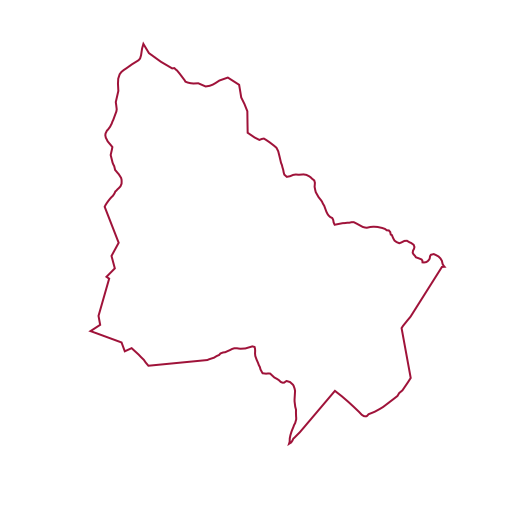 the district of Santiago Tlazoyaltepec, Oaxaca, Mexico, rotated 197°
{"feature_id": "50627088B24717754515407", "entity_name": "Santiago Tlazoyaltepec", "entity_type": "district", "adm_level": 2, "iso_a3": "MEX", "parent_name": "Mexico", "parent_adm1": "Oaxaca", "projection": "albers", "projection_center": [-96.974, 17.027], "detail": "fine", "context": "isolated", "style": "outline", "palette": "rose", "viewbox_px": 512, "rotation_deg": 197, "n_neighbors": 0, "source": "geoboundaries", "source_scale": "gbopen_adm2", "svg_char_len": 3962}
<svg xmlns="http://www.w3.org/2000/svg" viewBox="0 0 512 512"><g transform="rotate(197 256 256)"><path d="M353.6,126.5L348.0,131.5L339.4,127.4L336.6,125.8L332.9,123.9L330.4,121.9L326.8,119.6L272.1,142.3L270.7,143.5L268.7,144.9L266.4,146.5L264.4,148.8L262.3,150.6L261.5,152.4L259.3,154.1L257.3,155.0L255.4,156.7L253.4,158.4L251.7,160.1L249.8,161.4L247.3,162.2L245.0,162.5L243.6,162.8L239.1,164.5L236.7,166.1L235.0,167.2L233.1,168.5L230.8,168.6L229.9,167.2L229.1,165.1L228.4,162.4L227.4,160.1L225.0,156.9L222.9,154.5L221.4,152.5L219.8,150.9L218.5,148.8L216.7,147.0L215.4,145.8L212.0,146.4L209.9,147.3L208.1,147.7L203.0,145.2L200.0,144.6L197.9,144.0L195.5,142.8L193.6,142.6L192.1,143.1L190.7,144.9L190.2,145.4L186.6,145.4L185.1,144.7L183.0,143.7L182.2,143.0L180.4,140.6L179.2,138.4L178.3,134.7L177.8,132.6L177.2,130.1L176.6,128.2L174.4,123.3L172.8,120.7L172.0,117.9L170.8,114.4L170.2,112.9L169.8,111.5L169.7,107.7L170.2,105.2L170.2,104.0L170.6,99.9L170.7,98.4L170.7,94.8L170.4,91.5L169.5,88.1L169.5,86.1L169.0,86.7L167.9,87.9L167.2,90.1L166.9,92.3L166.3,93.2L162.5,100.4L141.1,150.1L132.8,146.9L125.3,143.6L118.8,140.5L112.0,137.1L108.5,135.1L106.0,134.4L103.9,134.8L103.0,135.6L102.1,137.6L99.1,140.0L96.9,141.8L92.8,146.0L90.3,148.8L82.4,159.8L79.8,163.5L79.0,166.8L76.7,170.3L73.8,179.6L72.4,184.6L95.7,229.6L95.0,232.1L92.4,238.6L90.5,243.1L75.0,299.9L72.6,300.8L73.7,301.5L75.2,302.9L76.8,305.7L78.9,307.6L81.3,308.9L84.2,309.5L86.6,309.8L89.1,308.3L89.5,306.7L89.2,304.7L89.3,303.4L90.3,301.2L91.5,299.9L93.5,298.9L94.9,298.6L95.6,300.3L96.7,301.1L100.1,301.4L102.7,301.5L104.0,302.6L105.9,303.7L107.1,304.9L107.4,307.1L107.0,309.0L107.1,310.9L108.5,312.8L111.4,313.8L113.3,314.0L116.1,314.7L118.5,313.8L121.0,311.4L122.7,310.1L125.6,310.4L128.0,311.2L129.8,312.9L131.1,314.4L132.1,315.7L133.4,315.9L134.7,318.2L136.5,319.3L138.4,318.8L140.6,319.6L143.6,319.7L148.3,319.3L152.1,318.4L155.1,317.2L158.3,315.4L160.1,315.1L162.4,315.0L168.7,316.3L172.1,316.9L172.9,316.8L174.6,316.2L176.5,315.1L178.2,314.6L180.8,313.4L182.8,312.7L189.9,308.9L190.6,309.6L191.7,311.0L192.2,312.1L192.9,313.3L194.2,314.6L196.5,315.0L198.5,316.0L199.9,317.1L201.7,319.0L203.9,321.9L205.4,323.9L207.4,325.7L208.8,327.3L210.2,328.4L213.4,330.6L217.5,334.5L218.7,336.5L220.2,339.3L220.6,341.2L221.1,343.3L222.4,345.3L225.0,346.3L226.9,347.3L228.6,347.8L231.5,348.3L234.5,347.9L238.3,346.4L239.7,346.0L241.7,345.6L244.2,344.4L246.7,342.3L249.7,340.7L252.7,342.1L253.9,343.9L255.2,346.4L256.8,348.8L257.7,350.4L259.3,352.4L262.5,357.9L265.4,362.7L268.1,365.5L271.1,366.8L276.2,368.7L280.4,370.0L282.8,370.6L284.7,369.6L286.7,368.0L291.9,368.9L300.0,371.4L302.6,379.4L306.6,391.9L311.5,398.0L316.5,403.3L318.6,407.6L320.5,411.4L322.2,414.8L335.1,418.4L342.3,413.1L345.4,409.4L347.5,407.2L350.1,405.2L353.7,403.4L361.7,404.3L366.1,402.7L369.2,402.1L372.1,401.9L374.5,402.1L375.5,403.1L382.4,408.1L384.2,409.3L385.9,410.4L387.1,410.8L389.0,411.8L391.0,410.9L403.6,413.9L417.7,418.7L425.7,425.9L425.6,421.1L424.6,414.3L424.6,410.9L425.6,408.8L427.7,406.4L430.6,403.1L435.0,397.4L436.9,395.1L438.5,392.7L439.5,390.0L439.6,385.3L438.4,380.5L435.9,373.6L435.1,362.2L433.7,359.2L432.1,355.6L431.8,353.4L432.0,349.8L432.3,344.4L432.6,342.6L432.7,340.3L433.0,338.9L433.3,337.0L433.8,335.6L434.1,334.8L434.5,333.6L435.2,332.4L435.7,329.2L435.4,327.4L434.2,325.2L432.7,323.7L431.4,322.3L429.3,320.9L427.4,319.7L425.2,318.2L424.9,315.5L424.7,312.6L424.5,310.1L423.2,307.9L421.5,305.1L420.5,303.4L419.3,301.9L417.9,300.5L416.7,298.5L415.9,297.1L414.3,296.1L412.5,294.9L411.3,294.2L409.4,292.6L407.8,291.2L406.8,289.5L406.2,287.7L405.7,285.8L406.0,282.9L407.1,280.7L408.0,279.2L408.7,277.6L409.4,276.6L409.6,274.7L409.9,273.5L410.5,271.6L411.5,269.9L412.4,267.9L413.3,265.6L414.2,262.9L414.8,260.7L415.1,258.8L391.2,228.5L394.2,213.8L387.4,202.9L392.9,192.4L389.8,191.4L389.1,152.7L384.9,144.6L387.0,142.1L392.3,135.8L359.3,134.0L353.6,126.5Z" fill="none" stroke="#9f1239" stroke-width="2"/></g></svg>